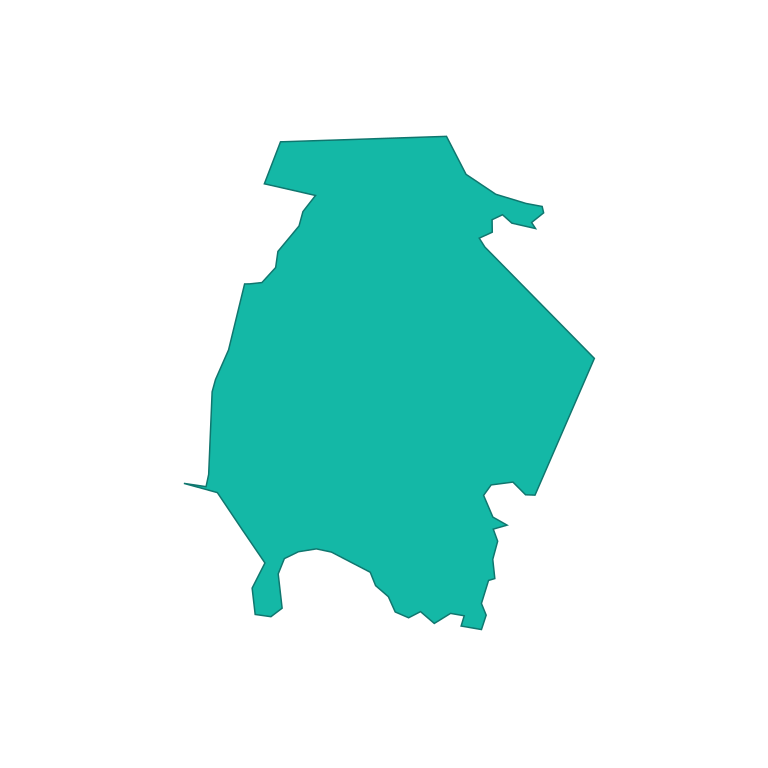 the district of Ohio, Kentucky, United States of America, rotated 331°
{"feature_id": "52423323B15881176064860", "entity_name": "Ohio", "entity_type": "district", "adm_level": 2, "iso_a3": "USA", "parent_name": "United States of America", "parent_adm1": "Kentucky", "projection": "natural_earth1", "projection_center": [-86.877, 37.475], "detail": "fine", "context": "isolated", "style": "filled", "palette": "teal", "viewbox_px": 768, "rotation_deg": 331, "n_neighbors": 0, "source": "geoboundaries", "source_scale": "gbopen_adm2", "svg_char_len": 999}
<svg xmlns="http://www.w3.org/2000/svg" viewBox="0 0 768 768"><g transform="rotate(331 384 384)"><path d="M350.2,646.0L361.3,635.7L362.8,623.2L380.2,606.5L386.6,607.9L394.1,590.1L407.2,576.6L409.2,563.9L423.2,567.1L414.7,553.2L417.1,529.7L428.8,524.2L449.2,532.3L454.1,549.5L462.2,554.4L580.4,463.6L538.6,313.1L538.0,302.6L552.3,303.7L558.2,292.7L569.7,293.4L573.8,305.3L591.9,321.5L591.4,314.3L606.6,311.7L608.4,305.4L595.7,294.9L573.7,272.2L557.4,240.4L558.7,197.7L410.9,122.0L376.4,150.9L415.5,185.9L396.7,193.9L386.3,204.6L355.5,216.6L345.7,229.6L326.4,236.1L314.8,231.2L310.6,228.9L264.6,278.8L238.8,298.4L229.9,307.5L186.8,378.1L178.6,387.5L160.8,373.9L185.6,398.2L189.4,442.8L193.1,482.8L169.7,498.6L159.6,523.1L172.3,532.7L186.2,530.7L199.4,498.8L212.2,488.4L227.8,489.2L244.9,495.4L256.5,505.5L280.7,542.0L278.9,556.3L284.7,572.1L283.3,588.8L292.2,600.4L305.6,600.8L311.9,617.8L331.0,616.9L341.8,625.6L334.1,633.1L350.2,646.0Z" fill="#14b8a6" stroke="#0f766e" stroke-width="1.5"/></g></svg>